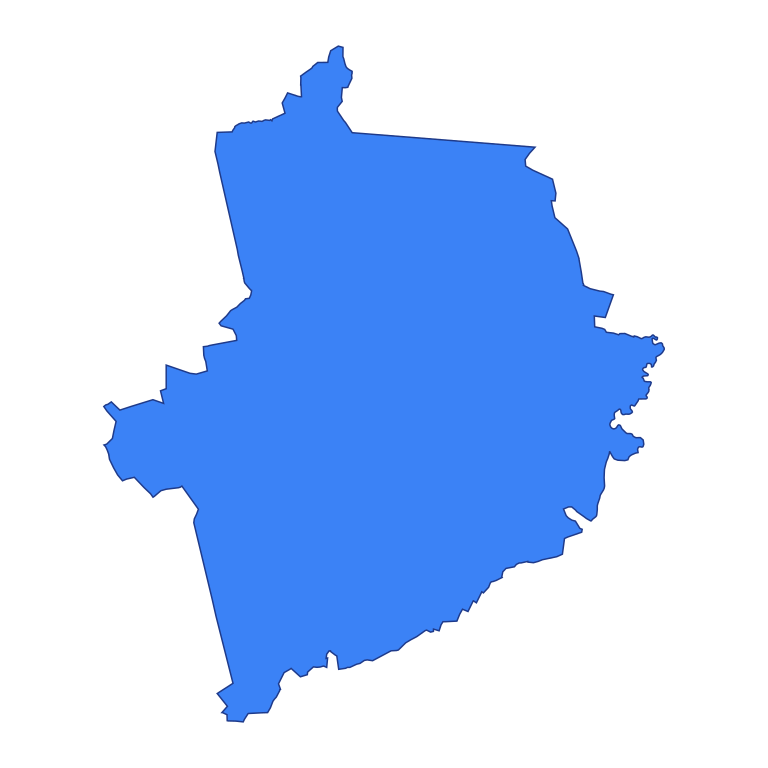 Lēdurgas pag., Krimuldas, Latvia
{"feature_id": "27541924B26008576526358", "entity_name": "Lēdurgas pag.", "entity_type": "district", "adm_level": 2, "iso_a3": "LVA", "parent_name": "Latvia", "parent_adm1": "Krimuldas", "projection": "albers", "projection_center": [24.794, 57.324], "detail": "fine", "context": "isolated", "style": "filled", "palette": "blue", "viewbox_px": 768, "rotation_deg": 0, "n_neighbors": 0, "source": "geoboundaries", "source_scale": "gbopen_adm2", "svg_char_len": 6083}
<svg xmlns="http://www.w3.org/2000/svg" viewBox="0 0 768 768"><path d="M217.2,132.4L215.0,151.5L217.9,163.6L219.7,172.3L237.3,249.5L238.3,255.3L242.2,271.0L243.9,278.5L243.7,278.7L243.9,278.9L244.2,281.2L244.7,282.9L249.1,288.2L251.3,290.5L251.5,290.5L251.5,291.4L250.8,295.0L249.3,298.3L245.5,298.8L244.5,300.3L240.4,303.5L236.8,307.2L232.3,309.6L230.6,310.7L226.5,315.9L220.9,321.2L219.1,323.2L221.1,325.8L232.8,329.1L233.2,329.5L236.3,335.6L236.7,340.4L212.6,344.9L209.2,345.6L207.6,346.2L203.4,346.7L203.8,355.2L204.5,358.2L205.8,361.6L207.3,370.9L196.3,374.1L190.0,373.3L166.2,365.1L166.2,388.7L160.5,390.8L163.6,403.4L152.9,399.7L130.9,406.5L119.9,410.1L111.3,401.9L107.9,404.3L105.8,404.9L103.8,406.5L106.9,411.0L116.1,421.4L114.0,430.4L112.4,438.5L106.6,444.2L104.0,445.0L105.6,446.7L107.1,449.8L108.7,454.1L109.5,459.3L113.6,467.8L117.6,474.9L122.5,480.8L126.5,479.1L134.3,477.3L144.2,487.7L150.6,493.8L153.0,497.2L154.4,496.3L160.9,490.7L166.2,489.2L178.6,487.7L180.5,487.1L181.9,486.1L198.4,509.2L196.6,514.1L194.3,518.9L193.8,522.7L212.2,599.3L216.0,616.1L233.0,683.3L217.2,693.5L227.4,706.3L221.9,712.6L222.7,712.7L227.0,714.7L227.2,720.7L228.2,720.9L235.9,721.1L243.2,721.9L244.5,719.2L248.1,713.6L248.3,713.5L261.6,712.8L267.6,712.6L270.4,707.8L272.9,701.3L274.3,699.3L276.3,697.1L279.7,690.6L279.7,689.8L280.5,689.4L278.5,683.8L284.1,672.6L290.4,669.0L291.1,668.4L300.4,676.8L307.3,674.7L307.6,672.1L313.4,666.9L317.0,667.3L320.3,667.0L322.9,666.2L323.8,666.1L326.7,667.4L327.6,658.0L326.1,658.4L326.7,654.2L329.1,650.9L330.2,650.9L330.1,651.1L330.7,651.6L335.3,655.1L336.8,655.9L338.7,669.3L345.6,668.3L347.4,667.4L349.8,667.4L356.7,664.2L360.0,663.4L364.4,660.4L367.2,659.9L372.6,660.7L391.1,650.8L396.6,650.5L398.4,650.0L405.7,642.8L410.9,639.7L416.8,636.6L425.2,630.6L426.6,630.1L430.6,632.1L433.4,631.4L433.5,629.1L439.1,630.8L441.1,624.7L443.0,621.7L445.5,621.7L456.9,621.1L459.7,614.2L462.5,609.2L468.0,611.5L473.2,600.9L473.4,600.8L476.4,602.8L481.8,591.8L483.4,592.9L488.6,587.3L490.2,583.1L491.3,581.8L493.1,581.5L496.3,580.4L502.2,577.4L501.8,576.8L502.8,571.8L506.0,568.4L514.4,566.8L516.4,564.4L519.1,563.0L521.2,562.9L527.8,561.4L527.9,562.1L533.5,562.7L538.2,561.4L542.5,559.7L556.8,556.7L562.4,554.2L564.5,538.5L567.8,537.0L581.7,532.2L582.2,529.3L579.9,528.4L575.4,521.1L571.8,520.1L568.2,517.8L566.2,515.7L563.5,509.0L568.6,506.9L571.7,506.9L575.6,510.1L576.7,511.5L584.2,516.8L586.4,518.5L590.7,520.9L591.4,520.8L592.4,519.4L595.7,516.8L596.5,515.8L596.8,514.4L597.3,509.5L597.3,505.7L597.8,503.7L599.7,498.1L600.2,495.4L600.9,494.1L603.5,489.9L604.2,488.2L604.6,486.0L604.1,477.8L604.4,470.7L604.5,469.2L606.1,462.6L606.6,461.1L607.7,458.6L609.2,454.0L609.6,451.8L609.5,451.2L612.6,456.7L614.2,458.9L617.8,460.2L624.8,460.6L627.9,459.8L628.9,457.1L630.4,455.6L631.9,454.7L635.6,453.1L638.1,452.6L637.6,449.6L637.7,448.7L638.4,447.4L639.0,446.9L639.8,446.7L642.0,447.1L642.8,446.8L643.2,446.2L643.8,444.2L643.2,440.0L640.4,437.6L636.0,437.7L634.4,437.0L633.1,436.1L632.2,434.3L630.8,433.6L627.0,433.5L625.8,432.7L621.9,428.8L620.5,425.8L619.8,425.1L618.5,424.9L617.8,425.5L616.6,427.4L615.8,428.2L614.8,428.7L613.4,428.9L611.7,428.1L610.7,427.0L610.1,425.6L609.8,424.6L610.0,423.4L611.5,420.4L614.1,419.2L614.7,418.6L614.2,415.2L614.4,413.1L614.6,412.7L615.0,412.2L617.6,410.5L618.9,409.3L619.6,409.1L620.3,409.4L620.7,410.0L620.9,410.7L621.0,412.0L621.5,413.4L622.4,414.3L622.9,414.6L624.0,414.6L625.7,414.1L628.8,414.2L629.8,414.0L631.7,412.9L632.4,412.0L631.9,410.6L630.7,409.3L630.3,408.5L630.2,407.2L630.3,406.0L630.8,405.4L631.6,405.0L633.8,405.9L634.4,406.0L634.9,405.6L638.2,400.7L638.5,399.5L638.8,399.0L646.0,398.9L647.0,398.3L647.2,397.4L646.9,396.7L646.2,395.9L646.1,395.1L648.2,392.4L648.8,391.3L649.0,389.5L648.8,389.4L648.8,387.5L650.2,385.5L650.9,383.8L651.2,382.5L650.9,382.1L650.4,381.8L647.3,381.8L644.8,381.4L644.3,381.1L643.2,378.3L642.1,377.5L642.2,377.0L643.1,376.3L643.8,376.0L647.6,375.7L647.9,375.5L648.2,374.5L647.8,373.9L643.9,371.5L642.7,369.9L642.6,369.4L642.8,368.9L643.0,368.4L643.9,367.7L644.3,367.5L644.8,367.6L646.1,367.1L646.4,366.3L646.8,364.3L647.2,363.6L647.9,363.4L649.8,363.4L651.3,364.4L651.6,366.9L652.5,366.9L653.5,366.0L654.2,363.9L655.4,362.4L656.4,360.3L655.9,357.7L656.4,356.7L659.7,354.9L660.7,354.2L662.4,352.5L664.2,349.5L664.2,348.2L663.9,347.5L662.9,346.0L662.6,345.3L662.5,344.1L662.1,343.5L661.1,342.8L659.1,343.1L655.4,344.7L654.6,344.6L652.9,343.5L652.5,341.9L652.1,339.1L652.2,338.6L652.6,338.3L653.4,338.3L656.3,340.0L657.0,339.7L657.4,338.9L657.4,337.5L656.3,337.0L655.4,337.1L653.4,335.1L652.4,335.1L651.2,336.3L649.9,337.0L648.8,337.2L645.8,336.8L644.1,337.3L642.1,338.5L641.2,338.6L637.2,336.7L634.4,336.0L633.8,337.0L633.1,336.7L633.6,336.1L632.9,336.5L632.1,336.5L624.9,333.5L619.9,333.6L618.7,334.8L613.5,333.1L606.4,332.3L604.7,329.4L602.0,328.3L594.7,326.8L594.3,316.0L605.3,317.5L613.4,294.8L610.9,294.2L603.5,291.5L599.8,291.1L590.2,288.7L583.4,285.4L583.7,284.7L583.5,284.3L583.2,283.5L582.9,283.2L581.3,272.3L578.9,258.6L579.0,258.5L576.5,251.0L567.6,229.0L554.9,217.7L552.1,206.0L551.3,200.7L555.1,200.9L555.9,193.2L552.5,179.2L532.8,170.2L525.7,166.1L525.1,159.5L529.5,153.3L535.0,147.2L352.2,132.7L345.4,122.4L343.7,120.5L337.4,111.1L337.3,108.1L337.5,107.2L342.2,101.4L341.4,97.4L342.3,87.6L345.2,87.7L347.8,87.3L348.2,86.1L351.9,78.3L351.6,75.1L352.1,73.2L351.9,72.6L352.2,72.1L352.1,71.3L349.4,69.8L347.3,68.3L346.0,66.7L344.9,63.5L343.7,58.6L342.9,56.6L343.0,47.4L338.3,46.1L330.7,50.7L328.7,57.0L327.8,62.4L317.7,62.5L312.8,66.4L312.1,67.8L310.5,69.1L306.1,72.1L300.6,76.1L300.9,77.7L300.7,84.9L300.9,84.9L301.0,86.8L301.5,96.7L300.7,96.8L298.0,96.3L287.6,92.9L285.3,97.5L282.2,103.0L285.0,113.2L272.6,118.9L271.9,120.8L271.1,120.0L270.5,119.7L269.8,120.4L265.5,119.9L263.9,120.4L262.1,121.4L258.6,121.0L255.4,122.0L253.2,121.2L252.8,121.3L251.6,123.0L250.6,123.1L248.7,122.0L244.4,123.1L241.7,122.9L238.9,123.9L237.4,124.9L236.5,125.3L235.4,126.1L234.8,126.7L234.6,127.8L232.9,130.2L232.1,131.9L217.2,132.4Z" fill="#3b82f6" stroke="#1e3a8a" stroke-width="1.5"/></svg>